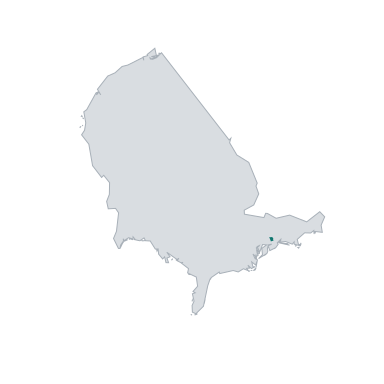 location of Lehigh, Pennsylvania, United States of America, rotated 29°
{"feature_id": "52423323B14765757601451", "entity_name": "Lehigh", "entity_type": "district", "adm_level": 2, "iso_a3": "USA", "parent_name": "United States of America", "parent_adm1": "Pennsylvania", "projection": "orthographic", "projection_center": [-75.565, 40.603], "detail": "fine", "context": "in_parent", "style": "filled", "palette": "teal", "viewbox_px": 384, "rotation_deg": 29, "n_neighbors": 0, "source": "geoboundaries", "source_scale": "gbopen_adm2", "svg_char_len": 4093}
<svg xmlns="http://www.w3.org/2000/svg" viewBox="0 0 384 384"><g transform="rotate(29 192 192)"><path d="M288.6,164.9L306.8,162.5L313.3,147.3L320.1,149.4L321.0,158.4L325.5,164.1L318.7,166.9L318.5,168.6L317.2,166.6L315.7,170.3L310.3,173.1L307.0,182.4L310.4,186.1L312.5,185.5L311.8,183.8L312.5,184.6L312.8,186.5L306.7,188.1L305.5,186.1L305.0,189.0L297.9,189.9L292.6,193.6L293.1,191.5L292.6,190.2L291.2,195.1L292.7,196.0L292.2,200.1L288.5,205.5L284.7,202.2L287.0,198.9L284.4,201.2L285.4,204.9L287.0,207.0L287.3,209.4L282.5,218.0L284.0,212.6L280.4,207.5L282.9,202.1L279.2,203.7L280.3,211.7L276.9,209.2L275.6,209.4L276.8,207.0L276.8,206.2L275.5,208.1L275.4,209.8L280.7,213.0L279.5,214.4L277.2,211.6L276.3,211.1L279.2,214.5L280.5,215.1L279.7,217.2L278.1,215.6L280.6,218.7L280.0,219.1L278.7,217.5L275.4,216.7L279.5,219.7L282.1,219.6L284.6,227.0L282.4,221.3L283.1,225.0L278.1,224.2L281.6,227.9L283.4,226.8L281.1,230.1L276.4,228.9L279.2,230.7L276.7,232.3L279.6,233.5L274.2,234.2L271.2,239.5L266.1,240.7L255.8,249.9L254.6,248.8L250.4,257.3L250.0,259.5L251.2,266.3L257.4,286.4L254.4,296.6L250.6,296.9L247.1,291.2L246.7,286.5L241.7,280.8L243.7,278.6L241.1,278.5L242.6,271.7L237.0,264.3L227.4,264.9L226.1,260.7L217.0,259.3L218.3,257.9L216.6,259.2L212.3,259.3L212.6,256.3L211.7,258.3L199.2,256.9L204.2,259.3L202.1,261.9L205.8,265.2L203.5,266.4L199.5,262.0L198.8,264.8L192.9,262.5L190.0,258.2L187.6,259.7L179.2,255.1L173.4,257.9L174.9,257.1L172.3,255.4L170.1,259.9L164.2,261.7L165.6,261.1L162.2,259.8L163.2,261.7L158.7,262.7L156.2,267.5L154.5,266.2L155.8,268.0L155.3,273.0L156.4,276.3L155.0,277.0L145.9,270.7L145.0,263.0L137.9,245.8L133.1,243.4L126.9,247.3L121.9,241.6L120.9,234.2L115.4,223.8L106.7,220.2L105.9,223.1L92.3,217.2L78.6,200.2L67.7,195.5L68.1,190.1L65.6,183.1L58.5,174.3L60.0,171.0L60.0,151.9L60.9,150.6L61.4,153.4L62.1,149.7L65.1,151.3L59.5,148.0L62.1,131.4L66.9,125.1L70.0,116.1L74.3,112.1L83.9,98.0L86.0,100.2L83.8,97.5L87.1,94.2L86.1,93.5L89.8,84.3L94.7,89.9L90.8,93.3L94.6,91.6L92.2,95.1L90.2,95.0L91.1,95.9L93.2,95.1L95.9,91.7L97.8,85.0L199.2,128.5L199.9,126.1L201.0,130.7L213.3,137.9L227.3,138.6L244.7,152.6L245.1,155.8L251.3,161.3L252.3,173.4L246.5,182.6L248.6,186.0L267.3,179.5L266.8,174.9L268.4,174.2L278.3,174.2L288.6,164.9ZM300.1,191.8L303.1,191.2L292.3,194.4L301.2,190.6L300.1,191.8ZM96.0,88.8L95.4,91.6L95.1,91.9L95.1,89.4L96.0,88.8ZM156.4,275.4L155.8,270.9L156.3,268.5L156.1,271.0L156.4,275.4ZM319.5,167.2L319.5,168.6L319.0,168.3L319.5,167.2ZM189.9,259.5L190.0,260.6L189.1,259.6L189.9,259.5ZM60.2,180.1L61.4,180.2L61.4,180.4L60.2,180.1ZM59.3,179.1L58.6,179.5L58.6,178.7L59.3,179.1ZM309.5,188.2L308.7,189.1L308.5,188.9L309.5,188.2ZM157.5,266.4L156.4,268.2L158.9,264.9L157.5,266.4ZM255.6,279.8L256.8,283.8L255.4,279.4L255.6,279.8ZM64.0,186.3L64.1,187.5L64.0,186.3L64.0,186.3ZM255.0,297.2L253.8,298.3L255.8,295.9L255.0,297.2ZM285.0,229.5L283.8,231.0L284.8,227.3L285.0,229.5ZM96.4,86.4L96.0,87.0L95.9,86.5L96.4,86.4ZM163.1,262.5L161.0,262.9L163.2,262.2L163.1,262.5ZM312.5,188.4L312.5,189.4L311.5,189.2L312.5,188.4ZM62.9,188.9L62.8,190.3L62.7,189.0L62.9,188.9ZM160.4,263.5L159.6,263.8L160.4,263.2L160.4,263.5ZM286.8,211.0L285.5,213.1L287.0,210.3L286.8,211.0ZM172.7,258.6L171.3,259.0L173.4,258.1L172.7,258.6ZM250.6,258.4L250.2,260.0L250.2,258.9L250.6,258.4ZM280.1,233.8L279.6,234.1L280.9,232.9L280.1,233.8ZM230.8,265.0L229.2,265.6L228.6,265.4L230.8,265.0ZM211.8,259.0L211.5,259.2L210.6,259.0L211.8,259.0ZM244.9,286.5L245.1,287.7L244.7,286.3L244.9,286.5ZM207.5,260.6L207.1,261.6L207.3,259.7L207.5,260.6ZM251.2,299.7L250.3,299.7L251.6,299.5L251.2,299.7ZM291.9,200.8L291.3,201.9L292.1,200.4L291.9,200.8ZM282.8,231.3L282.3,231.7L282.2,231.7L282.8,231.3Z" fill="#d9dde1" stroke="#a8b0b8" stroke-width="1"/><path d="M283.5,193.8L283.4,193.8L283.2,194.0L282.8,194.2L283.6,194.8L283.9,195.1L284.1,195.2L284.4,195.5L284.7,195.7L284.9,195.9L285.3,195.4L285.7,195.1L285.3,194.8L285.4,194.7L285.2,194.2L285.0,194.3L284.9,194.3L284.8,194.2L284.7,194.0L284.7,193.8L284.4,193.8L284.3,193.7L284.2,193.4L283.8,193.5L283.7,193.6L283.5,193.8Z" fill="#14b8a6" stroke="#0f766e" stroke-width="1.5"/></g></svg>